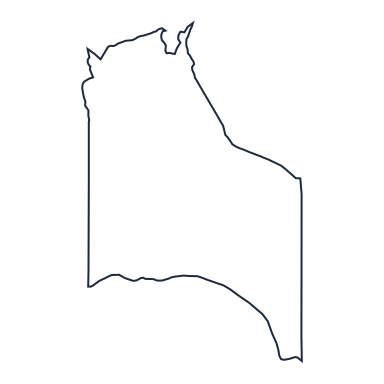 Santana do Cariri, Ceará, Brazil
{"feature_id": "56859067B7744611299719", "entity_name": "Santana do Cariri", "entity_type": "district", "adm_level": 2, "iso_a3": "BRA", "parent_name": "Brazil", "parent_adm1": "Ceará", "projection": "robinson", "projection_center": [-39.766, -7.226], "detail": "fine", "context": "isolated", "style": "outline", "palette": "slate", "viewbox_px": 384, "rotation_deg": 0, "n_neighbors": 0, "source": "geoboundaries", "source_scale": "gbopen_adm2", "svg_char_len": 2012}
<svg xmlns="http://www.w3.org/2000/svg" viewBox="0 0 384 384"><path d="M88.2,286.6L90.8,286.6L92.9,285.6L99.3,280.9L105.3,278.1L107.3,277.0L111.8,275.0L116.5,274.9L118.9,274.7L125.0,278.1L133.3,280.9L136.6,280.4L140.8,278.1L143.0,277.7L145.5,278.9L150.6,279.0L153.7,279.2L156.5,280.4L158.6,280.6L162.3,280.5L168.7,278.6L171.8,277.2L175.9,276.5L183.5,275.6L188.9,276.0L197.3,276.2L201.4,277.5L207.6,279.9L216.5,283.0L223.3,285.3L229.7,289.0L239.0,295.9L249.0,302.7L262.4,314.1L267.8,321.3L269.1,325.1L272.4,334.1L273.4,336.3L276.4,343.0L278.4,350.1L279.3,355.6L281.1,359.2L284.3,359.8L290.0,358.7L295.0,357.1L297.4,357.4L301.8,361.0L301.4,335.5L301.5,289.7L301.6,194.0L300.3,178.4L295.7,178.2L292.6,175.3L287.5,170.9L285.6,169.1L283.4,167.5L281.2,165.7L279.0,164.6L271.6,161.1L268.8,159.7L265.0,158.2L262.8,157.3L260.0,156.1L256.7,154.9L253.7,153.7L250.3,152.5L246.8,151.0L244.1,149.8L241.8,149.0L239.0,148.0L235.8,146.5L232.4,144.3L230.6,141.5L228.9,139.1L227.4,137.0L225.4,135.0L223.1,125.7L220.0,120.5L216.8,114.9L202.6,90.7L198.7,84.0L196.8,80.7L195.0,77.9L194.1,73.8L192.3,70.1L192.0,67.2L194.1,64.1L193.5,61.6L191.9,59.3L189.9,55.6L187.9,53.2L187.5,48.9L186.5,46.3L186.2,43.1L186.4,39.4L188.0,36.5L188.9,34.0L190.1,30.2L191.9,26.4L192.9,23.0L187.7,26.8L184.4,32.3L180.4,31.7L178.4,35.4L178.2,39.2L180.4,42.7L177.6,47.1L176.4,49.4L174.8,54.0L169.3,52.9L166.7,53.3L165.4,50.9L165.9,45.5L164.5,43.1L161.9,40.2L161.2,36.9L161.4,34.4L162.8,31.2L165.4,30.6L161.9,28.2L158.5,29.3L156.0,31.4L153.9,31.9L150.9,33.3L147.8,34.3L144.4,35.4L141.5,35.9L138.1,36.9L135.5,38.7L132.2,40.2L128.5,40.5L125.6,40.8L121.3,42.4L117.9,43.6L116.1,45.0L113.5,46.0L110.5,45.8L108.0,46.9L100.6,59.3L94.8,54.1L87.6,48.9L88.6,53.8L89.4,57.4L87.8,59.6L87.7,62.2L88.6,64.6L90.4,66.5L89.9,69.5L93.1,77.4L88.8,78.8L84.0,81.8L82.7,84.2L82.2,87.8L82.9,92.4L84.0,97.8L85.4,101.4L85.1,105.7L86.7,107.9L88.4,110.3L88.4,116.2L89.2,119.7L88.8,122.2L88.8,151.5L88.8,181.6L88.5,270.8L88.2,286.6Z" fill="none" stroke="#1e293b" stroke-width="2"/></svg>